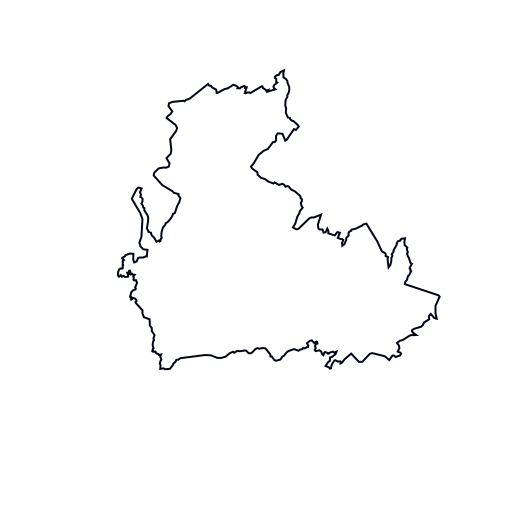 Watsa, Orientale, Democratic Republic of the Congo, rotated 227°
{"feature_id": "63176286B47500153281287", "entity_name": "Watsa", "entity_type": "district", "adm_level": 2, "iso_a3": "COD", "parent_name": "Democratic Republic of the Congo", "parent_adm1": "Orientale", "projection": "robinson", "projection_center": [29.312, 2.77], "detail": "fine", "context": "isolated", "style": "outline", "palette": "ink", "viewbox_px": 512, "rotation_deg": 227, "n_neighbors": 0, "source": "geoboundaries", "source_scale": "gbopen_adm2", "svg_char_len": 6136}
<svg xmlns="http://www.w3.org/2000/svg" viewBox="0 0 512 512"><g transform="rotate(227 256 256)"><path d="M425.3,294.2L418.8,293.4L418.1,290.2L418.5,286.9L417.9,284.7L406.6,286.6L403.3,285.5L401.9,282.8L400.0,272.9L391.2,266.3L389.9,264.7L389.0,263.4L388.6,257.2L382.7,256.0L380.9,253.1L381.8,250.7L384.1,248.3L386.4,244.7L386.4,239.3L385.9,237.5L384.6,236.1L371.8,235.8L360.3,239.1L358.3,239.0L354.1,241.6L353.3,240.6L349.8,240.1L347.7,236.6L346.2,232.2L342.8,226.0L343.4,224.0L342.3,222.0L341.3,217.5L341.1,214.2L341.6,212.4L340.5,210.1L340.4,207.5L337.8,203.2L335.0,200.1L333.6,199.5L333.5,198.2L332.2,196.4L332.3,195.4L333.6,195.6L334.1,192.9L339.0,194.0L342.4,193.8L344.6,195.0L347.2,193.8L348.3,194.6L350.5,194.9L355.1,200.9L357.8,203.5L360.0,204.5L365.7,205.5L367.1,207.0L368.3,206.6L370.3,207.7L372.5,207.9L373.1,209.8L374.9,211.9L376.8,212.2L378.1,211.7L379.3,213.7L381.8,214.7L383.4,218.4L385.7,217.1L386.4,216.1L386.2,214.0L382.6,204.2L366.6,200.7L360.4,198.1L348.1,185.2L345.3,179.8L341.7,178.0L337.7,178.2L334.5,180.8L330.1,175.8L331.1,174.9L331.9,172.3L334.3,169.8L334.9,168.4L333.4,165.0L334.4,162.5L337.1,163.8L341.2,167.8L343.9,165.3L345.6,161.1L345.1,159.7L346.0,157.0L345.6,156.5L343.1,156.7L343.4,155.4L342.6,154.4L341.9,154.2L341.1,152.9L339.9,152.7L339.7,151.7L338.2,150.6L337.9,149.8L339.2,148.5L339.5,146.7L338.3,144.2L336.6,142.5L335.6,141.7L334.3,141.7L334.3,144.1L332.3,143.7L331.8,145.7L330.1,145.8L328.3,148.0L328.1,148.4L329.6,149.6L331.5,150.4L330.6,151.1L331.7,153.2L331.3,153.8L329.9,153.2L328.8,151.4L328.1,151.5L327.7,153.2L326.5,153.1L325.0,154.4L324.6,152.1L323.4,151.8L322.3,150.3L321.4,150.2L320.2,151.7L317.6,150.8L315.4,146.2L314.2,145.9L313.8,145.0L314.7,143.0L314.6,140.2L312.1,136.1L311.3,135.9L310.8,136.9L310.2,136.8L309.7,135.2L309.2,135.0L308.9,137.6L307.3,138.5L305.4,138.5L304.6,138.0L304.6,136.6L304.0,136.1L293.6,135.9L291.7,133.9L287.7,132.3L282.2,135.0L277.5,130.9L274.4,130.7L272.3,128.7L267.3,127.8L265.7,124.8L264.0,124.0L263.5,122.2L261.3,119.6L258.5,118.2L258.4,117.0L257.2,116.4L257.4,115.6L257.0,115.2L255.9,115.6L254.7,117.2L252.6,116.7L250.9,117.8L249.6,117.5L248.7,119.4L247.5,117.2L244.8,116.2L244.2,114.1L242.8,112.2L241.2,111.7L238.8,109.0L236.7,111.9L235.4,112.1L232.2,116.0L233.0,121.4L233.7,122.2L233.5,125.0L234.4,126.9L233.2,128.4L232.8,131.1L218.4,151.1L214.1,155.3L208.1,158.1L205.5,160.6L203.2,164.8L202.8,170.6L201.6,173.9L200.1,174.1L199.5,177.3L197.3,179.3L194.4,183.6L193.1,184.3L190.1,184.3L188.5,185.6L188.1,187.0L188.3,192.1L187.7,194.2L186.0,195.1L183.9,198.4L182.0,199.9L174.6,199.4L172.6,198.1L171.8,199.0L167.3,198.5L165.8,199.1L163.6,203.3L164.4,206.5L164.0,208.6L164.7,213.2L164.2,215.3L162.0,220.3L157.7,222.5L157.5,224.5L156.3,226.3L156.5,227.7L155.2,228.6L154.6,231.3L154.0,231.9L154.8,233.2L157.4,233.7L157.3,237.4L156.2,239.3L152.7,239.2L152.2,241.9L151.3,242.0L150.1,241.2L150.6,239.2L149.8,237.6L148.0,236.9L147.0,234.8L145.7,234.8L143.7,238.1L141.7,238.6L139.5,237.5L137.5,237.7L138.6,239.6L138.7,241.0L136.1,242.3L135.3,242.1L134.9,242.7L135.2,243.6L133.6,247.0L131.9,247.4L131.2,249.7L130.0,247.2L130.4,242.7L131.3,241.0L128.9,238.4L129.2,236.4L128.2,231.9L124.7,233.4L123.2,233.3L122.7,234.3L124.9,237.2L126.1,242.1L125.7,242.9L123.0,243.8L121.5,245.8L120.7,245.7L119.8,244.6L119.3,246.1L120.1,250.4L119.7,259.0L108.3,259.1L106.1,261.7L106.8,272.6L105.7,274.8L94.9,281.8L89.0,282.5L90.1,287.9L89.3,289.0L86.9,289.3L85.0,293.6L85.6,295.5L86.9,295.7L89.4,294.4L90.8,298.0L92.8,299.4L96.3,299.8L95.9,303.3L94.5,306.0L92.8,314.9L89.0,319.2L92.8,318.5L94.8,318.8L95.3,319.9L95.0,321.8L91.6,328.7L91.8,331.2L92.8,333.6L91.6,339.5L94.1,341.5L94.5,344.3L89.0,344.1L86.9,345.4L91.8,348.3L97.2,353.4L101.0,362.6L102.9,362.6L133.9,345.7L135.2,347.3L135.6,350.1L137.6,353.4L137.6,355.1L139.1,359.1L140.0,358.9L141.0,360.0L142.0,359.8L142.5,360.3L144.0,364.7L145.8,364.3L150.4,366.6L152.1,366.8L154.8,368.2L155.0,369.4L158.2,371.0L158.9,372.4L162.6,372.2L164.9,373.9L167.3,377.0L169.2,374.4L169.5,373.0L168.8,372.0L170.0,369.8L169.5,367.8L168.3,366.6L166.3,360.4L165.2,359.4L164.8,356.5L163.1,356.0L162.4,353.9L159.8,351.2L157.9,348.2L157.3,345.2L163.9,350.0L165.2,351.9L167.4,350.8L169.1,352.2L170.4,352.3L173.5,351.2L184.1,354.7L204.4,358.8L206.0,355.7L205.9,354.5L207.9,347.7L210.2,343.7L209.5,342.8L210.2,340.9L209.7,339.3L207.8,337.7L207.6,334.3L206.1,332.7L204.4,328.7L204.6,326.1L206.9,327.9L208.3,330.8L209.8,330.5L211.0,329.3L213.5,328.2L215.8,333.2L217.8,332.0L218.0,331.3L217.3,327.6L223.2,324.4L225.0,326.1L227.4,326.8L225.8,323.1L227.1,321.4L230.1,322.7L231.8,320.8L233.2,320.4L234.5,320.9L236.9,322.9L241.9,331.8L244.7,324.6L246.3,323.0L247.2,320.6L246.9,305.5L248.0,303.7L251.7,302.5L252.8,306.6L256.6,313.1L257.8,317.1L258.9,318.5L259.5,323.1L261.7,323.5L264.3,325.0L264.9,327.1L266.4,328.4L267.8,328.0L269.6,329.3L276.9,328.5L280.8,327.0L284.6,327.3L285.8,326.6L286.6,324.8L288.5,325.2L290.7,324.7L292.3,321.3L297.1,319.8L297.1,318.2L302.2,315.7L306.0,315.1L309.8,313.0L314.4,312.6L315.7,313.8L316.7,314.0L323.0,312.8L324.8,313.3L325.2,317.0L328.1,326.9L327.7,333.4L326.2,337.6L327.7,345.9L326.5,347.6L326.9,349.7L330.0,352.3L330.9,355.5L327.3,358.7L320.4,356.1L320.1,357.7L322.9,370.4L320.9,371.1L321.5,375.5L323.2,375.9L329.2,375.4L330.6,374.5L332.6,374.3L333.7,374.9L335.5,373.8L340.3,375.4L343.5,378.8L345.9,379.9L349.0,383.0L350.2,384.7L350.9,387.4L352.4,388.7L352.9,390.8L354.5,393.3L357.0,395.6L361.5,397.3L362.6,398.3L365.0,398.6L367.9,397.9L371.0,400.6L372.7,403.0L373.9,399.4L373.0,396.1L374.2,394.0L374.2,391.9L373.4,391.3L371.8,391.7L369.4,389.4L368.3,389.8L368.6,385.8L367.9,384.2L366.6,383.6L364.7,383.9L368.2,376.6L369.0,378.3L369.8,376.2L370.7,376.5L374.3,375.6L375.5,376.4L376.2,376.0L379.0,363.0L380.2,362.6L381.7,360.8L382.1,359.4L382.8,358.9L385.7,364.1L386.5,362.7L387.2,363.6L388.5,363.2L389.7,359.8L389.5,358.6L391.3,356.9L391.7,357.9L394.2,357.5L396.7,356.2L397.8,349.9L399.5,346.8L401.5,339.1L402.1,338.5L404.8,340.3L409.6,338.8L411.1,339.1L412.5,338.0L414.5,338.3L416.3,315.0L417.9,311.0L417.9,309.2L418.9,308.9L425.7,300.0L427.0,296.5L425.3,294.2Z" fill="none" stroke="#020617" stroke-width="2"/></g></svg>